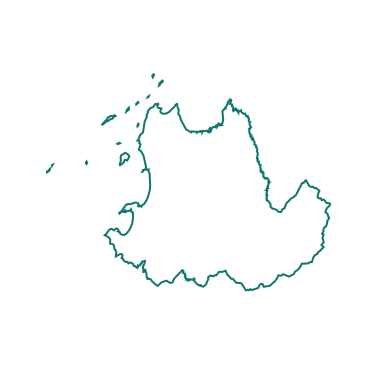 outline of Mueang Chumphon, Chumphon, Thailand, rotated 201°
{"feature_id": "78962969B98513792826345", "entity_name": "Mueang Chumphon", "entity_type": "district", "adm_level": 2, "iso_a3": "THA", "parent_name": "Thailand", "parent_adm1": "Chumphon", "projection": "equal_earth", "projection_center": [99.148, 10.452], "detail": "fine", "context": "isolated", "style": "outline", "palette": "teal", "viewbox_px": 384, "rotation_deg": 201, "n_neighbors": 0, "source": "geoboundaries", "source_scale": "gbopen_adm2", "svg_char_len": 6099}
<svg xmlns="http://www.w3.org/2000/svg" viewBox="0 0 384 384"><g transform="rotate(201 192 192)"><path d="M77.6,240.2L79.1,239.4L81.1,240.3L82.5,239.5L84.6,239.6L89.7,243.8L90.2,243.5L91.0,240.7L92.4,239.8L93.8,226.7L95.4,223.5L97.4,221.3L98.3,218.3L99.4,216.7L99.9,214.8L99.8,210.0L101.5,208.2L101.7,205.2L104.3,204.5L106.7,205.7L111.3,205.4L113.5,206.5L114.5,209.1L117.9,211.0L119.1,210.9L119.5,212.4L120.2,212.5L120.5,215.8L120.8,216.3L121.3,215.8L122.0,217.0L122.1,220.1L123.4,220.2L122.8,220.9L123.2,221.8L122.4,222.6L123.3,222.9L122.8,224.1L123.5,224.4L123.3,227.5L123.7,227.4L124.2,228.7L123.6,229.2L124.5,229.3L124.5,230.4L126.6,231.9L128.1,230.7L128.8,230.8L128.8,231.6L130.5,231.4L131.3,232.5L131.3,233.8L132.4,234.8L132.2,235.7L132.9,236.0L134.1,235.2L134.4,236.1L134.7,235.6L135.9,236.5L136.0,238.2L137.0,239.3L137.7,241.6L138.3,241.3L139.4,242.3L140.4,244.4L140.9,244.5L140.8,243.6L142.0,244.5L142.6,245.9L142.3,246.5L143.6,246.8L144.2,251.4L146.0,253.2L146.2,255.4L148.1,256.6L148.1,257.5L148.8,257.6L149.3,258.7L151.0,258.9L151.3,260.9L153.6,262.5L153.9,264.3L154.2,263.2L154.9,264.2L155.3,263.1L157.1,265.0L157.0,265.8L157.6,265.4L158.4,267.1L159.3,267.3L160.8,270.3L160.4,271.8L161.2,271.9L160.1,273.9L162.2,275.3L163.1,277.0L162.7,278.1L164.5,278.6L165.2,281.2L166.1,281.3L167.7,283.6L167.5,282.3L168.3,282.1L170.6,284.3L171.4,283.4L173.6,284.0L175.3,284.8L175.5,285.7L176.7,284.1L177.8,284.5L177.2,282.7L179.1,284.2L180.8,284.1L180.4,285.3L181.0,285.6L182.5,284.2L182.1,282.8L182.4,282.4L183.4,283.6L183.4,285.1L184.4,286.3L185.3,286.3L185.9,288.1L188.3,287.8L188.1,291.6L188.6,292.1L189.7,292.0L189.7,291.0L190.5,289.8L190.6,282.7L191.2,282.7L191.3,281.9L190.8,281.6L192.1,280.2L192.5,278.1L188.7,270.5L188.3,267.2L189.5,265.5L188.3,265.1L189.6,264.2L191.3,265.4L191.8,262.4L192.2,263.4L192.4,262.5L193.3,262.9L193.8,261.5L193.5,260.9L195.9,260.1L196.4,258.0L196.1,255.2L197.4,253.8L198.4,253.6L199.7,254.7L203.8,252.6L203.9,251.6L204.3,252.5L205.8,251.2L206.1,251.7L208.3,250.2L208.6,249.1L209.3,249.8L214.0,248.5L214.2,247.3L220.1,248.4L228.9,256.0L230.4,258.6L232.7,259.7L233.9,264.1L235.8,265.8L237.5,268.8L238.6,267.6L239.1,264.9L242.1,258.5L244.0,256.2L246.4,254.9L248.6,254.6L250.1,255.4L250.6,256.4L250.5,259.0L253.5,258.4L254.8,259.2L255.3,260.2L254.8,261.6L255.2,262.2L255.8,261.3L257.7,261.2L258.8,257.3L261.1,255.3L262.2,251.8L261.6,250.2L261.9,247.7L261.1,246.4L261.4,240.6L259.1,230.2L261.0,226.2L260.7,223.7L261.3,220.5L259.6,221.0L258.7,219.8L258.7,218.6L257.1,218.0L256.8,212.5L253.8,211.6L250.1,208.3L243.9,198.9L243.2,196.3L240.7,197.4L240.9,196.7L238.2,194.0L233.0,182.2L231.8,176.9L231.3,171.2L231.6,167.1L232.6,163.1L233.7,162.1L234.0,160.2L235.1,160.5L235.9,159.8L236.6,160.7L237.3,160.0L237.5,161.7L237.5,161.0L238.5,162.3L239.3,162.3L241.6,161.7L245.1,158.6L247.9,157.6L249.1,156.0L251.2,148.0L252.5,146.7L252.0,145.9L250.4,148.5L249.6,149.2L248.7,148.9L247.9,151.1L247.4,150.7L247.7,149.2L246.9,149.3L245.8,150.9L243.2,152.3L242.8,154.0L241.2,151.8L239.9,151.8L237.7,146.6L236.5,140.7L236.7,135.1L238.1,129.9L240.0,127.4L243.7,127.1L245.2,128.7L246.8,128.6L246.3,129.2L247.5,130.5L249.5,131.0L250.9,128.4L254.0,128.8L255.7,127.3L257.1,121.9L258.0,120.4L253.7,119.9L251.4,118.5L250.0,114.5L246.9,114.9L245.6,113.9L244.0,111.0L242.7,110.5L241.1,108.5L240.0,104.6L237.3,107.9L235.3,108.9L233.9,107.6L234.1,105.1L232.4,104.9L231.6,103.8L229.3,102.9L227.1,103.6L225.9,102.5L224.1,104.2L221.4,103.8L220.1,102.2L218.5,102.0L218.6,101.3L217.9,102.5L215.8,101.5L215.5,102.8L216.0,104.2L215.2,104.2L214.1,105.2L214.3,106.7L213.4,107.1L213.8,109.0L211.2,110.8L210.7,108.1L211.0,104.8L208.7,99.8L208.2,100.2L208.3,102.4L207.9,102.7L205.4,99.7L204.1,96.8L203.0,95.5L202.4,95.7L202.2,95.0L199.5,95.8L197.0,94.1L190.5,91.9L188.2,96.6L184.1,100.1L179.9,99.3L177.8,100.5L177.6,104.7L173.0,115.6L171.6,115.2L171.3,113.2L169.2,113.2L168.6,111.2L168.0,111.4L167.5,109.4L166.1,109.2L166.0,108.1L164.8,108.7L164.0,107.9L163.6,109.5L162.6,109.0L162.4,109.9L159.9,110.3L159.2,112.0L158.5,111.9L158.4,110.4L157.1,109.2L154.1,107.8L152.1,107.4L150.7,108.2L150.4,107.4L147.5,107.7L145.9,110.3L145.6,116.7L146.4,118.1L144.9,120.7L142.0,120.9L140.7,122.6L139.5,122.9L138.1,127.2L135.2,128.2L132.5,130.5L128.8,127.0L127.3,126.8L124.6,125.1L122.7,125.6L118.3,123.1L113.1,124.5L106.4,119.5L105.2,120.6L103.6,120.7L102.8,122.2L101.0,121.9L95.8,126.2L95.5,129.5L94.3,131.2L92.6,131.1L91.1,129.2L85.8,132.3L82.7,138.2L81.6,141.9L81.6,145.1L78.8,145.8L77.4,147.9L71.1,147.8L67.4,152.1L67.3,154.5L65.4,157.2L64.2,160.6L63.8,164.4L58.0,166.9L56.8,168.7L55.0,169.5L55.2,175.3L54.3,177.6L52.8,179.0L52.8,181.1L51.7,182.3L49.4,187.8L52.1,188.9L51.0,192.1L53.8,196.2L53.9,199.4L55.6,199.7L55.1,202.3L55.9,204.0L56.0,205.9L54.5,208.1L54.8,211.7L55.3,213.0L54.6,217.1L56.5,218.4L57.3,219.9L60.4,221.2L60.3,225.0L58.7,228.6L58.7,230.3L59.9,230.7L62.2,229.9L66.2,232.2L68.0,230.9L69.5,232.3L71.1,231.5L72.9,232.2L73.6,235.3L73.5,238.8L77.6,240.2ZM270.8,198.0L269.8,196.4L269.3,191.6L268.8,191.2L266.5,194.6L266.3,197.9L263.8,198.2L263.2,202.8L265.3,204.2L268.3,204.7L271.4,200.7L270.8,198.0ZM297.7,228.6L300.5,222.2L299.3,223.3L297.1,227.7L295.8,228.1L294.4,230.6L292.7,231.8L291.8,234.8L290.7,235.5L291.7,236.0L292.9,234.5L294.7,234.0L297.1,231.8L297.7,228.6ZM259.6,285.4L261.3,282.0L261.0,279.6L260.4,280.5L260.4,281.9L259.0,284.0L259.0,285.1L259.6,285.4ZM282.1,243.5L280.4,246.6L281.2,248.0L282.3,245.1L282.1,243.5ZM332.9,162.7L334.6,158.9L334.4,158.4L333.3,160.0L332.6,162.1L332.9,162.7ZM301.4,182.7L301.6,181.1L300.5,180.4L300.3,181.8L301.4,182.7ZM198.1,258.3L198.5,257.0L197.8,255.6L197.1,257.8L198.1,258.3ZM274.5,256.7L275.7,254.4L275.4,253.8L274.0,256.1L274.5,256.7ZM270.8,286.1L269.6,285.0L269.4,287.8L270.0,288.1L270.8,286.1ZM266.6,237.5L266.8,234.7L266.4,233.8L266.0,234.5L266.6,237.5ZM277.1,212.0L279.0,210.6L279.1,210.3L278.3,210.2L276.6,211.8L277.1,212.0ZM245.0,195.4L245.6,194.9L245.6,193.2L245.0,193.8L245.0,195.4ZM266.6,266.1L267.3,265.1L267.3,264.5L266.6,265.4L266.6,266.1ZM331.9,167.5L332.4,167.0L332.1,166.4L331.9,167.5Z" fill="none" stroke="#0f766e" stroke-width="2"/></g></svg>